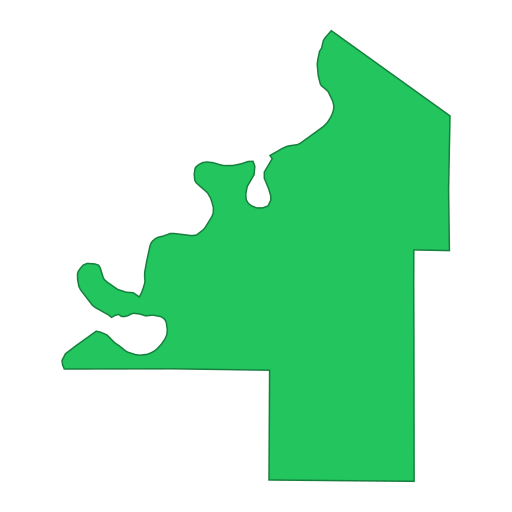 outline of Coahoma, Mississippi, United States of America
{"feature_id": "52423323B41224890056443", "entity_name": "Coahoma", "entity_type": "district", "adm_level": 2, "iso_a3": "USA", "parent_name": "United States of America", "parent_adm1": "Mississippi", "projection": "orthographic", "projection_center": [-90.749, 34.255], "detail": "fine", "context": "isolated", "style": "filled", "palette": "green", "viewbox_px": 512, "rotation_deg": 0, "n_neighbors": 0, "source": "geoboundaries", "source_scale": "gbopen_adm2", "svg_char_len": 2020}
<svg xmlns="http://www.w3.org/2000/svg" viewBox="0 0 512 512"><path d="M414.1,481.3L414.0,408.3L413.9,340.8L413.7,282.6L413.8,249.9L449.4,250.6L448.6,189.2L450.0,115.9L448.6,114.9L331.3,30.7L325.0,37.9L323.3,40.8L321.6,48.1L319.5,51.4L318.9,54.5L317.9,59.0L317.2,64.2L318.3,76.1L320.3,83.9L321.5,85.9L326.2,89.7L328.2,91.7L332.8,101.3L333.9,106.4L333.4,110.4L332.1,114.4L330.2,118.1L327.4,122.4L323.7,126.3L300.8,142.9L297.6,144.6L288.6,145.9L286.3,146.6L281.8,148.7L270.0,155.5L272.2,158.7L264.3,172.1L264.3,178.2L268.4,188.1L268.7,188.9L270.8,196.0L270.8,200.2L269.8,202.2L268.1,205.9L262.6,207.9L256.5,207.9L251.1,205.6L248.3,203.3L246.2,199.9L245.8,194.0L247.2,186.5L254.1,174.6L254.8,166.5L253.9,163.6L253.0,161.3L248.0,161.5L241.3,163.8L233.1,165.5L224.2,165.6L221.3,165.1L212.7,162.6L206.8,162.0L202.6,162.6L198.6,164.7L196.0,166.9L195.1,168.4L194.2,174.1L194.7,179.6L195.1,181.0L196.4,183.0L207.6,192.9L210.5,198.0L211.9,201.9L213.4,207.6L213.2,213.4L211.7,216.9L205.0,227.8L203.2,229.8L196.4,235.1L191.5,235.6L174.0,233.5L170.3,233.5L163.5,236.0L157.9,237.3L155.4,238.7L152.8,240.8L151.2,242.8L150.0,246.0L146.8,260.5L144.7,272.2L144.6,277.2L145.0,280.5L144.7,283.1L143.2,288.3L141.3,293.2L139.3,296.9L135.8,294.5L133.1,292.7L126.0,292.2L117.6,289.4L107.0,282.0L104.4,279.6L103.2,277.6L100.3,268.1L99.1,265.9L98.3,265.1L94.7,263.9L87.2,263.4L83.2,265.1L80.1,268.7L78.1,271.6L77.5,273.8L77.6,279.7L78.9,286.4L80.6,289.9L92.1,304.9L95.0,307.4L108.8,315.1L111.5,317.4L115.1,315.4L118.7,314.4L121.3,316.4L124.1,316.6L127.7,315.8L131.5,313.8L133.9,313.3L139.7,314.0L145.9,315.9L152.7,315.1L160.8,316.6L163.8,318.5L165.4,320.4L166.3,322.6L167.3,329.6L166.9,334.6L164.8,339.3L161.3,344.3L156.7,349.2L154.5,350.9L151.3,352.7L147.3,354.3L139.7,355.2L135.3,354.6L127.6,352.1L125.3,350.7L119.1,345.7L114.8,342.9L107.0,335.0L100.7,332.2L96.2,331.2L76.8,345.1L65.5,353.7L62.0,360.5L62.6,364.9L64.3,369.0L172.7,368.8L269.6,370.2L269.0,480.0L271.4,480.0L414.1,481.3Z" fill="#22c55e" stroke="#15803d" stroke-width="1.5"/></svg>